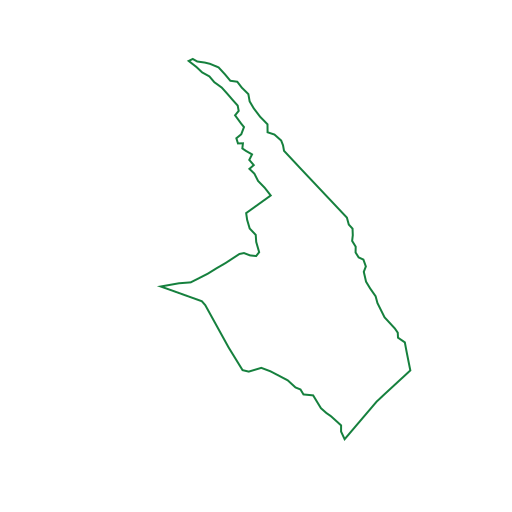 outline of Palmeirina, Pernambuco, Brazil, rotated 241°
{"feature_id": "56859067B2059409323085", "entity_name": "Palmeirina", "entity_type": "district", "adm_level": 2, "iso_a3": "BRA", "parent_name": "Brazil", "parent_adm1": "Pernambuco", "projection": "mercator", "projection_center": [-36.237, -8.996], "detail": "fine", "context": "isolated", "style": "outline", "palette": "green", "viewbox_px": 512, "rotation_deg": 241, "n_neighbors": 0, "source": "geoboundaries", "source_scale": "gbopen_adm2", "svg_char_len": 1440}
<svg xmlns="http://www.w3.org/2000/svg" viewBox="0 0 512 512"><g transform="rotate(241 256 256)"><path d="M162.7,188.9L158.4,193.6L155.6,206.4L148.2,212.7L131.8,223.5L121.9,226.8L117.7,230.2L111.9,230.4L106.4,238.4L91.4,239.0L84.6,241.4L79.5,243.9L66.6,248.3L61.2,245.3L52.8,244.7L70.2,291.0L73.1,302.6L81.1,335.5L89.6,338.2L100.2,341.6L108.3,344.3L115.7,340.6L120.2,342.8L125.3,342.3L140.0,338.7L156.0,339.4L162.8,341.1L172.3,340.1L180.2,339.8L189.9,342.6L193.6,347.0L200.8,348.2L205.0,345.1L210.8,344.8L215.8,347.7L222.6,347.4L227.2,350.7L233.1,353.7L238.5,352.4L245.5,354.1L312.0,337.1L334.4,331.5L339.7,333.3L344.8,334.0L353.3,331.0L358.6,326.1L365.6,329.9L375.8,327.1L386.3,325.6L394.3,325.4L401.3,327.8L410.1,325.2L417.5,324.1L421.7,318.5L430.1,316.9L439.1,314.7L446.4,308.9L450.0,305.0L454.6,298.9L459.0,296.2L459.2,291.7L450.0,295.6L442.7,297.9L435.7,302.3L428.2,303.8L419.9,307.7L412.1,309.5L404.4,311.1L396.4,312.9L391.3,311.2L389.2,305.9L379.0,307.2L374.6,308.0L369.6,302.1L368.5,295.9L363.2,294.8L360.9,299.2L356.7,296.2L352.7,298.2L346.8,301.8L343.3,296.7L336.6,298.1L335.4,292.5L328.8,294.5L320.6,294.2L311.4,296.7L301.8,298.2L298.3,268.2L292.0,265.8L283.1,263.8L274.6,266.0L268.2,263.0L257.8,260.6L255.9,256.1L259.4,251.1L264.4,246.9L265.8,242.5L264.6,226.0L264.4,215.5L263.9,205.4L264.6,186.1L269.5,175.4L275.5,157.9L242.7,186.7L237.6,187.8L189.2,187.7L162.7,188.9Z" fill="none" stroke="#15803d" stroke-width="2"/></g></svg>